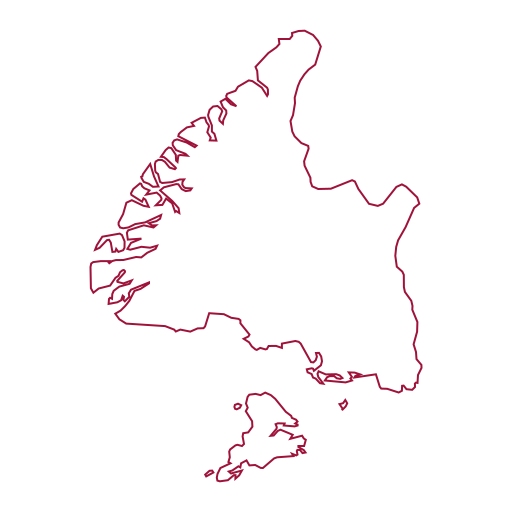 the Regional Council of Southland
{"feature_id": "NZL-3408", "entity_name": "Southland", "entity_type": "Regional Council", "adm_level": 1, "iso_a3": "NZL", "parent_name": "New Zealand", "parent_adm1": "", "projection": "robinson", "projection_center": [167.625, -45.772], "detail": "fine", "context": "isolated", "style": "outline", "palette": "rose", "viewbox_px": 512, "rotation_deg": 0, "n_neighbors": 0, "source": "natural_earth", "source_scale": "10m", "svg_char_len": 6090}
<svg xmlns="http://www.w3.org/2000/svg" viewBox="0 0 512 512"><path d="M417.5,382.9L416.0,382.6L414.9,383.6L415.0,387.0L412.2,389.8L406.5,389.2L403.6,385.6L402.1,385.8L401.9,390.8L398.7,392.5L387.2,388.8L381.2,388.6L379.8,386.8L375.9,374.3L354.4,377.5L355.4,375.9L360.1,374.4L354.7,372.6L348.8,372.4L351.9,376.9L350.4,378.5L352.0,380.5L345.6,382.4L324.9,380.5L327.1,377.2L329.9,376.1L334.1,376.1L336.8,378.3L340.3,378.9L342.4,378.0L339.7,375.4L336.2,374.2L325.8,374.4L318.6,371.3L317.5,373.9L318.3,377.0L323.3,383.7L320.0,383.2L315.7,378.6L313.0,377.5L311.6,374.0L307.6,372.3L306.8,369.3L311.8,368.3L313.1,368.7L313.9,370.8L320.9,365.3L322.0,361.3L321.2,356.5L319.0,352.9L316.0,353.0L316.9,356.7L315.7,360.2L313.4,362.4L311.0,362.1L300.7,343.6L298.7,341.8L295.3,341.0L281.9,343.6L281.9,347.9L276.0,345.9L268.6,346.0L266.9,349.0L265.5,349.4L260.2,347.9L256.8,349.9L255.4,349.4L251.8,346.4L249.1,342.3L243.7,338.8L248.4,336.5L249.5,334.6L240.4,323.3L240.4,320.3L238.6,318.9L231.3,317.8L223.9,314.2L209.2,313.2L205.1,326.4L203.5,328.2L197.6,328.4L190.3,331.6L180.3,329.6L175.8,331.5L174.2,329.6L165.1,326.1L126.2,323.6L119.4,319.3L115.3,313.7L120.6,310.6L125.2,306.0L129.3,300.9L134.5,290.9L140.5,288.9L149.0,283.4L149.0,282.4L131.0,289.7L128.8,293.3L129.3,296.8L124.8,301.3L123.4,299.9L124.0,296.8L122.7,295.7L121.1,300.3L117.3,302.3L108.6,303.9L109.0,298.9L110.1,297.8L112.0,298.8L112.3,294.0L113.7,290.8L119.3,286.6L129.6,283.8L131.7,280.4L123.4,283.4L117.5,281.9L117.2,280.9L124.8,272.4L125.0,271.2L123.8,270.0L122.5,270.3L120.0,272.3L118.5,275.8L115.5,277.8L110.1,285.6L98.7,288.5L93.4,292.7L90.9,288.3L90.5,267.0L91.2,263.5L93.2,262.1L101.0,261.1L109.3,261.1L108.4,262.1L109.3,263.2L112.3,261.0L115.8,260.1L123.3,260.0L136.1,257.0L141.3,257.4L147.2,252.8L155.6,248.8L157.1,245.7L150.1,247.7L141.4,246.8L130.2,249.7L127.4,248.9L131.0,242.9L141.4,238.6L127.8,239.6L126.9,232.7L128.2,230.3L143.8,225.3L153.5,227.5L156.1,225.3L152.0,225.4L148.8,223.2L156.5,221.1L160.1,218.7L161.1,215.0L145.1,222.4L135.2,224.1L128.5,227.4L123.2,228.3L120.1,227.5L118.6,224.8L118.6,222.5L123.1,214.1L126.4,202.7L131.8,200.2L143.5,205.8L148.7,206.8L145.4,199.6L143.5,198.3L142.1,201.7L131.4,194.9L131.0,193.3L133.3,189.0L140.0,183.4L141.2,183.9L142.2,186.4L144.4,188.3L149.5,190.4L146.2,194.6L156.7,192.6L160.1,195.6L161.5,198.3L161.3,199.8L155.8,205.3L162.4,204.9L166.1,198.6L172.2,203.4L175.1,211.9L176.0,211.0L179.3,213.0L178.6,208.2L172.3,201.0L160.1,190.4L163.9,187.3L176.2,184.1L178.4,184.3L181.7,189.1L185.7,191.1L190.3,190.4L191.7,188.4L185.5,188.1L183.8,187.0L182.3,184.7L182.5,181.9L184.2,179.4L179.7,179.5L172.0,182.1L162.2,183.0L160.1,181.9L158.0,174.0L155.8,172.3L155.2,170.6L154.9,164.0L155.7,161.5L158.4,159.9L162.0,160.0L164.9,161.8L169.6,167.6L174.9,169.2L175.9,168.1L175.2,167.2L166.4,159.0L163.9,157.1L160.9,156.8L165.7,150.0L168.6,147.5L171.3,148.1L175.8,154.8L176.1,160.6L177.5,161.9L178.3,155.7L180.1,155.0L187.5,155.7L185.6,153.9L176.2,150.2L172.8,145.3L172.6,142.8L174.2,140.4L177.1,139.4L186.6,142.5L194.8,147.2L196.6,145.6L178.3,136.2L178.8,134.1L180.8,132.0L186.9,127.4L194.0,125.9L191.6,122.8L200.9,117.9L204.9,117.6L206.5,122.3L208.6,125.0L209.0,126.4L207.3,132.2L210.7,137.6L209.8,140.4L216.4,140.6L214.4,133.8L211.9,131.6L211.9,125.5L208.4,116.9L208.1,115.0L209.6,109.8L213.1,106.5L217.5,106.0L221.4,109.3L222.2,111.3L219.2,118.4L219.5,120.6L222.9,123.8L223.2,120.4L226.4,113.5L226.2,110.5L223.0,107.3L220.6,101.6L225.4,98.8L231.0,104.3L236.4,106.2L226.7,97.6L226.2,96.0L227.2,93.8L235.5,90.8L238.0,86.7L248.8,80.4L252.4,81.1L261.8,87.6L267.1,95.9L268.0,94.2L267.9,89.6L267.1,87.7L257.9,80.4L257.2,70.9L255.5,66.9L268.4,53.0L276.3,47.4L279.4,44.0L278.8,39.0L289.7,39.0L292.3,35.8L292.0,33.0L298.6,31.0L304.7,30.7L313.1,35.0L318.0,40.8L320.8,46.5L315.2,64.6L308.6,69.6L304.5,74.2L300.2,80.7L297.8,86.4L294.7,97.7L295.0,103.1L293.0,115.2L290.5,121.0L292.3,131.6L294.6,136.3L301.4,143.1L308.2,145.9L308.6,148.7L304.1,161.3L304.6,165.7L310.4,177.7L310.6,181.9L312.2,186.3L318.2,189.0L330.9,188.7L352.1,180.2L354.9,181.5L358.4,189.0L369.0,203.8L377.8,205.9L383.1,203.7L396.4,186.9L401.9,184.4L406.2,186.7L417.2,197.4L419.3,203.7L414.1,207.9L405.6,227.1L398.1,240.3L396.2,246.9L395.3,255.8L396.8,266.7L402.3,271.6L403.8,274.8L403.9,287.1L404.9,291.9L411.3,300.8L412.5,305.9L412.3,309.7L417.4,322.0L417.1,331.7L413.6,344.3L416.0,352.0L416.5,359.1L421.4,364.9L421.5,367.9L418.0,375.0L417.5,382.9ZM298.4,447.0L303.8,450.1L305.5,452.5L302.5,453.1L300.0,450.0L297.4,449.9L296.8,451.0L297.5,454.6L296.2,455.4L292.1,453.8L293.4,456.1L277.1,457.3L274.1,458.4L262.9,468.0L260.7,467.9L255.2,465.0L249.4,465.4L246.5,460.4L241.1,463.3L240.3,467.4L238.4,466.3L232.3,470.5L228.8,471.5L231.0,473.5L241.9,470.5L239.2,475.3L235.4,478.7L235.5,475.1L233.9,475.1L227.9,480.2L219.9,481.3L217.4,480.6L216.8,477.7L217.5,473.9L220.4,468.0L230.5,463.3L228.4,462.0L229.8,457.3L229.2,451.6L230.1,449.5L235.4,445.4L237.4,444.8L242.0,446.0L244.0,444.0L242.6,436.4L243.2,433.2L248.2,432.4L252.4,426.7L252.1,421.2L245.8,411.2L247.7,407.7L246.0,403.5L247.6,396.9L249.3,394.7L255.6,393.9L260.6,395.1L265.2,392.6L270.8,395.1L275.2,398.8L285.8,411.8L291.2,415.9L291.9,417.9L296.1,419.7L297.5,421.6L295.2,423.5L297.6,424.6L297.6,425.5L294.6,426.4L283.8,425.5L284.6,423.5L277.9,423.3L275.6,424.2L276.8,427.1L276.5,428.8L270.6,435.8L273.7,435.5L277.8,430.9L280.5,429.7L292.7,434.8L290.3,438.8L302.1,435.7L303.8,438.5L305.8,439.8L304.1,446.0L298.4,446.0L298.4,447.0ZM119.7,233.6L122.0,235.1L124.6,241.4L124.5,247.8L123.2,250.2L118.4,251.9L116.2,248.9L115.4,251.6L112.4,251.9L110.8,242.6L109.1,239.8L107.0,240.1L99.6,247.8L95.1,249.8L96.9,245.1L102.3,236.7L119.7,233.6ZM150.2,164.0L154.0,176.4L158.5,186.5L152.9,186.8L148.8,183.8L143.8,181.9L141.5,178.0L141.2,176.8L142.4,176.3L142.9,174.2L150.2,164.0ZM345.3,400.0L347.2,403.3L345.7,406.4L342.0,410.2L342.6,408.7L339.5,404.1L343.1,403.2L345.3,400.0ZM239.9,407.7L236.7,409.3L235.1,408.8L234.4,406.9L234.9,404.9L238.0,403.7L241.2,405.2L239.9,407.7ZM205.2,474.6L209.5,470.8L212.2,470.6L213.4,472.5L206.2,476.4L205.2,474.6Z" fill="none" stroke="#9f1239" stroke-width="2"/></svg>